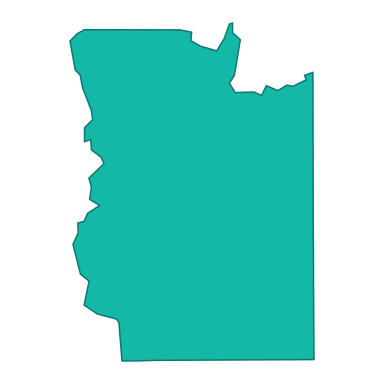 Bear Lake, Idaho, United States of America (orthographic projection)
{"feature_id": "52423323B15127736824866", "entity_name": "Bear Lake", "entity_type": "district", "adm_level": 2, "iso_a3": "USA", "parent_name": "United States of America", "parent_adm1": "Idaho", "projection": "orthographic", "projection_center": [-111.379, 42.301], "detail": "fine", "context": "isolated", "style": "filled", "palette": "teal", "viewbox_px": 384, "rotation_deg": 0, "n_neighbors": 0, "source": "geoboundaries", "source_scale": "gbopen_adm2", "svg_char_len": 858}
<svg xmlns="http://www.w3.org/2000/svg" viewBox="0 0 384 384"><path d="M314.0,359.6L313.5,280.6L313.5,277.0L313.5,258.1L313.4,251.3L313.2,203.1L313.1,164.6L312.9,77.5L312.9,72.4L304.6,75.3L306.2,79.8L292.9,86.3L286.9,85.1L277.9,90.6L266.4,85.7L261.5,95.4L254.0,92.0L235.2,92.6L229.4,83.1L234.4,75.4L240.3,39.7L232.6,32.8L232.5,23.0L229.4,24.1L224.2,38.6L216.7,50.9L200.5,46.2L191.0,40.7L191.6,32.2L180.1,29.9L84.4,29.7L77.1,33.8L70.0,41.1L75.3,70.1L80.1,74.9L82.7,88.1L91.4,110.5L92.6,119.7L84.5,127.8L84.5,141.6L90.7,139.7L91.5,150.0L101.2,157.3L103.9,163.7L88.9,178.1L91.4,186.9L89.6,199.3L99.6,205.5L87.6,213.3L84.1,221.4L77.9,222.9L78.2,232.9L73.0,244.3L80.5,274.2L89.1,281.1L84.1,305.1L97.6,314.1L116.3,319.0L118.9,322.3L122.0,361.0L137.1,360.9L156.2,360.3L158.2,360.3L160.3,360.3L314.0,359.6Z" fill="#14b8a6" stroke="#0f766e" stroke-width="1.5"/></svg>